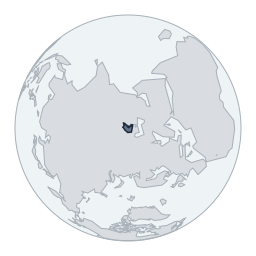 Karakalpakstan on an orthographic globe, rotated 189°
{"feature_id": "UZB-356", "entity_name": "Karakalpakstan", "entity_type": "Automonous Region", "adm_level": 1, "iso_a3": "UZB", "parent_name": "Uzbekistan", "parent_adm1": "", "projection": "orthographic", "projection_center": [58.854, 43.272], "detail": "fine", "context": "on_globe", "style": "filled", "palette": "slate", "viewbox_px": 256, "rotation_deg": 189, "n_neighbors": 0, "source": "natural_earth", "source_scale": "10m", "svg_char_len": 12019}
<svg xmlns="http://www.w3.org/2000/svg" viewBox="0 0 256 256"><g transform="rotate(189 128 128)"><circle cx="128" cy="128" r="113" fill="#eef3f6" stroke="#a8b0b8"/><path d="M132.7,15.5L129.9,15.4L130.2,15.5L133.6,15.7L135.8,15.9L141.3,18.6L152.0,22.6L157.4,23.5L154.6,23.8L166.2,25.7L173.2,28.8L164.0,25.5L162.1,25.5L166.3,27.6L165.2,28.0L166.7,29.4L165.0,29.8L159.8,28.1L158.6,28.5L161.6,30.0L161.9,31.6L157.6,29.2L157.7,31.9L148.9,30.2L138.7,24.7L132.6,25.1L118.8,23.3L118.8,24.2L113.6,24.5L111.6,25.8L109.6,25.3L109.8,26.8L112.0,27.0L112.8,27.8L111.9,28.6L109.1,28.1L109.2,27.6L107.9,27.9L107.0,27.3L106.9,28.1L103.7,27.5L105.4,29.4L101.7,30.1L100.0,29.4L102.1,27.7L103.2,22.9L102.1,22.1L98.5,22.4L87.6,26.3L85.6,26.4L81.5,27.7L81.7,28.3L85.0,27.6L84.4,29.3L88.5,28.4L88.8,29.1L92.3,29.2L89.7,31.1L85.3,33.0L82.3,33.1L80.3,34.1L81.5,35.7L74.3,37.9L66.8,43.0L65.1,43.6L64.9,41.1L69.2,36.5L68.9,34.3L67.0,37.8L62.9,39.4L61.4,40.7L60.4,41.9L61.1,42.2L59.2,43.3L60.5,40.0L62.2,38.9L61.8,39.9L63.7,37.9L64.5,36.1L62.4,37.3L65.9,34.2L64.4,35.1L66.5,33.7L64.0,35.3L70.8,31.0L77.9,27.1L85.3,23.8L92.9,21.0L100.6,18.7L108.5,17.1L116.5,15.9L124.6,15.4L132.7,15.5ZM136.9,16.0L133.8,15.7L131.1,15.5L133.8,15.6L136.9,16.0ZM141.9,17.2L140.1,17.1L140.0,16.6L141.1,16.8L141.9,17.2ZM161.5,24.2L159.1,23.3L161.8,24.1L161.5,24.2ZM167.1,29.5L168.2,29.7L168.5,30.3L167.1,29.5ZM93.5,28.1L92.9,28.6L92.5,28.4L93.5,28.1ZM95.5,27.8L95.6,27.1L96.5,26.8L96.5,27.2L95.5,27.8ZM166.3,31.6L166.4,32.8L165.3,31.3L166.3,31.6ZM95.3,28.7L98.3,26.4L100.0,26.0L101.3,27.3L95.3,28.7ZM166.0,33.2L166.5,36.2L168.8,36.8L162.6,37.1L164.2,34.3L162.5,32.4L164.6,33.4L166.0,33.2ZM113.1,26.7L110.7,26.5L113.6,25.9L113.1,26.7ZM114.7,26.2L122.4,23.7L125.4,24.6L122.3,25.1L126.9,25.8L124.6,27.4L121.6,27.4L120.0,26.5L120.3,27.8L114.7,26.2ZM159.1,36.9L158.5,37.5L158.1,36.6L159.1,36.9ZM113.3,28.0L114.6,27.4L117.4,28.0L115.3,29.5L115.1,28.8L113.3,28.0ZM129.3,25.3L130.9,26.1L129.5,27.6L130.0,28.2L124.9,27.5L129.3,25.3ZM114.0,29.1L114.2,30.2L112.0,30.7L112.3,28.7L114.0,29.1ZM118.9,27.6L120.1,28.1L118.8,28.3L118.9,27.6ZM104.5,33.5L106.0,32.5L107.5,32.8L104.5,33.5ZM114.4,30.7L115.2,30.5L115.9,30.5L115.6,31.4L114.4,30.7ZM124.2,28.7L123.3,29.2L126.3,29.0L125.4,30.3L122.1,29.7L123.1,30.5L122.8,30.9L120.5,29.9L124.2,28.7ZM117.7,32.4L113.2,32.3L110.1,33.9L108.7,33.7L113.8,31.1L117.7,32.4ZM119.5,31.0L118.0,31.8L117.0,31.1L117.3,30.1L119.5,31.0ZM125.9,31.4L128.2,29.6L128.8,29.9L125.9,31.4ZM117.0,33.0L118.1,33.0L116.9,33.2L117.0,33.0ZM123.4,32.0L124.1,31.3L124.8,31.6L123.4,32.0ZM119.7,33.8L118.2,33.7L118.4,33.0L119.7,33.8ZM121.6,33.1L122.4,33.6L119.4,32.8L121.8,32.7L121.6,33.1ZM124.0,32.4L124.6,32.3L123.6,32.7L124.0,32.4ZM119.8,36.6L115.9,35.7L116.4,34.1L120.0,35.2L119.8,36.6ZM22.5,143.7L22.1,124.6L24.6,121.5L26.7,115.0L45.3,106.8L47.4,111.3L60.1,118.2L61.3,120.3L57.9,124.9L65.8,137.9L70.6,135.1L79.7,143.3L87.1,145.8L93.1,136.2L81.2,132.0L81.0,126.0L92.2,124.9L102.9,128.8L103.2,126.6L98.1,120.1L102.2,117.1L96.5,117.5L97.6,120.2L94.0,120.7L92.8,118.3L94.3,117.2L91.5,115.2L85.1,121.2L85.5,124.5L77.2,122.5L77.1,128.1L74.3,129.4L73.4,120.5L74.7,118.0L71.7,106.9L69.5,109.3L72.2,120.0L70.7,118.5L67.7,122.2L68.7,118.1L66.3,106.2L60.0,103.7L49.0,109.0L45.9,107.0L44.6,102.2L51.5,93.0L57.7,98.6L60.2,95.8L61.5,89.2L63.2,91.6L64.5,89.7L67.1,91.6L73.2,89.6L76.2,91.1L80.9,85.9L83.1,86.1L79.7,89.0L78.9,92.1L86.6,96.1L88.8,95.6L91.3,92.0L93.1,93.7L94.5,89.8L100.1,90.4L94.4,86.4L97.2,82.5L101.9,80.7L101.8,78.8L94.2,81.8L92.0,83.7L91.8,86.4L85.2,91.4L82.0,91.1L85.1,83.3L81.0,82.1L85.3,77.0L103.2,71.5L109.5,71.8L114.8,80.4L112.0,82.5L108.6,80.3L109.5,86.0L110.5,83.7L112.0,85.3L115.0,82.3L116.2,83.3L117.1,78.9L118.9,79.7L118.3,82.5L124.4,79.2L128.8,80.4L129.6,79.2L129.1,77.6L135.1,80.3L135.4,79.3L133.6,78.0L133.0,75.3L134.3,71.7L136.3,72.8L136.1,74.3L138.6,79.2L137.7,83.2L138.7,83.3L139.9,80.2L136.8,74.1L137.1,71.6L138.9,74.2L138.3,73.0L139.0,72.2L141.6,72.4L139.7,69.5L145.1,59.4L150.6,59.2L151.7,62.5L157.6,57.5L163.3,58.2L161.7,56.9L163.3,54.1L161.5,53.8L160.9,53.0L164.3,46.1L166.7,45.5L166.3,41.7L165.4,41.1L163.7,41.2L162.6,37.1L168.8,36.8L170.4,38.1L173.2,37.2L176.5,40.4L180.6,42.9L182.7,47.2L185.7,49.0L186.5,48.5L191.1,50.7L198.2,57.5L189.3,54.2L178.0,45.6L182.3,49.2L180.4,49.1L181.4,50.9L184.5,53.5L185.4,53.3L185.6,62.3L191.2,71.6L193.1,68.5L196.4,69.3L204.5,78.5L208.7,97.1L213.1,99.4L214.7,102.2L214.0,105.9L211.5,101.9L208.9,102.2L207.6,99.5L205.5,104.5L203.7,100.9L203.0,106.8L205.5,108.7L208.0,105.5L208.2,112.4L213.4,114.7L216.3,120.3L215.1,135.0L210.6,142.4L210.8,144.5L207.8,144.1L205.6,149.8L212.5,156.7L212.9,159.7L208.5,168.5L208.1,166.5L200.2,165.5L200.0,172.9L206.0,175.3L208.1,180.4L204.1,180.9L201.8,176.5L199.0,175.9L198.8,169.8L194.8,162.1L190.6,165.9L190.1,162.1L183.9,156.3L177.4,161.3L167.7,174.6L167.7,184.2L163.7,189.1L155.4,177.2L153.0,168.0L149.2,169.4L141.3,161.9L125.4,161.9L123.9,159.2L120.7,160.4L115.3,157.4L113.2,152.8L109.6,152.7L115.4,164.6L119.3,164.7L123.6,160.6L124.4,164.7L129.7,168.3L121.3,177.3L98.9,182.7L97.9,175.3L87.2,151.6L88.2,149.3L88.2,149.0L88.2,148.5L85.9,152.0L84.5,147.1L88.9,163.7L89.1,170.0L98.5,183.1L97.3,183.9L100.8,186.7L113.2,185.7L113.0,188.0L106.3,197.5L90.2,207.2L93.1,215.3L93.2,221.0L84.8,222.1L87.2,226.2L83.1,226.0L83.9,227.8L81.6,228.3L77.0,227.5L67.5,222.6L65.6,220.9L58.8,215.1L48.8,201.8L49.8,198.3L48.4,193.6L41.7,179.2L43.0,174.1L41.6,170.3L38.3,168.3L36.8,163.6L35.0,161.8L24.7,152.1L22.5,143.7ZM36.8,114.3L35.8,116.1L36.8,114.3ZM113.0,138.3L120.3,139.7L119.2,132.4L121.9,132.4L120.5,130.0L119.1,131.9L116.1,125.4L120.0,123.8L120.2,120.7L117.8,120.1L111.1,124.1L115.4,133.3L112.8,135.8L113.0,138.3ZM62.8,39.6L62.7,39.9L61.4,41.3L61.4,40.8L62.8,39.6ZM59.1,46.9L56.3,48.6L58.3,46.9L57.8,46.5L61.5,42.6L64.5,43.7L62.5,43.8L59.1,46.9ZM67.2,38.1L64.6,40.2L67.4,37.9L67.2,38.1ZM69.0,78.4L69.0,80.5L66.8,82.0L63.1,80.8L66.2,78.4L69.0,78.4ZM69.6,83.1L73.8,76.2L76.3,76.9L74.2,77.6L75.4,78.8L72.4,80.3L70.7,88.1L68.7,90.0L62.8,86.2L65.8,86.3L65.6,84.1L69.6,83.1ZM80.0,59.5L81.8,57.1L84.9,61.6L82.8,63.4L78.9,62.1L79.1,59.3L80.0,59.5ZM97.0,31.7L97.5,30.9L98.2,31.0L98.4,31.7L97.0,31.7ZM105.1,33.0L95.5,35.3L95.6,34.5L89.9,37.1L88.0,36.0L91.7,34.3L85.9,35.6L88.5,33.6L84.6,34.8L93.2,31.1L95.3,29.5L93.7,31.6L95.4,32.6L96.8,32.6L102.3,31.4L107.7,28.9L110.3,29.7L110.7,30.9L109.8,31.7L108.4,30.9L108.2,32.4L105.5,31.9L105.1,33.0ZM114.0,48.4L112.7,46.6L111.9,50.7L109.1,49.7L109.2,50.3L106.5,50.5L103.3,51.9L102.3,51.1L101.5,52.0L99.6,52.3L98.2,53.3L95.9,52.4L93.9,53.6L94.0,52.4L91.2,54.8L92.3,52.7L90.0,53.0L90.2,54.9L81.7,48.6L77.4,48.0L73.1,48.7L75.6,45.3L81.1,42.5L87.7,40.8L91.6,42.0L92.0,40.4L94.0,40.5L92.8,41.8L95.8,40.0L97.1,40.5L103.0,39.7L106.4,37.1L108.7,36.9L108.0,38.1L110.7,37.0L110.9,39.3L112.5,39.3L114.4,41.6L112.1,44.3L114.1,44.0L115.6,45.9L114.0,48.4ZM120.2,37.3L118.1,40.5L115.6,41.6L113.4,37.2L111.9,36.9L110.5,34.4L114.2,32.9L114.2,33.7L115.2,34.2L113.7,34.5L115.6,34.6L115.7,35.9L117.3,36.4L116.2,37.2L120.2,37.3ZM64.0,119.3L65.1,120.4L67.3,121.4L65.5,123.8L64.0,119.3ZM62.2,111.2L63.4,111.6L61.9,115.3L60.7,114.3L62.2,111.2ZM65.4,108.8L63.6,111.3L63.8,109.3L65.4,108.8ZM81.0,89.3L82.5,89.6L82.1,90.5L80.7,91.5L81.0,89.3ZM110.9,61.3L110.6,59.9L111.3,59.6L112.9,56.5L115.0,57.2L114.9,59.3L110.9,61.3ZM90.4,137.4L87.5,138.7L86.7,137.3L87.9,137.1L90.4,137.4ZM75.3,131.4L78.2,134.2L74.8,132.0L75.3,131.4ZM113.5,61.5L113.9,60.1L114.7,61.3L113.5,61.5ZM116.7,57.5L117.9,58.6L115.5,56.9L116.7,57.5ZM112.2,223.2L107.2,231.1L101.9,230.3L99.9,227.7L101.1,222.7L106.9,222.0L109.5,219.6L112.2,223.2ZM224.3,179.6L225.9,178.0L225.7,178.4L224.3,179.6ZM222.7,180.3L224.7,178.3L222.2,181.4L222.7,180.3ZM225.4,177.5L227.4,174.6L228.3,173.0L228.0,173.9L225.4,177.5ZM221.3,181.7L212.8,188.8L209.1,190.5L210.2,188.6L216.1,184.6L221.3,181.7ZM209.9,188.8L204.1,188.8L194.6,182.0L198.0,180.6L207.6,182.5L207.1,184.0L210.6,184.7L209.9,188.8ZM223.2,171.4L222.5,175.4L218.0,179.1L215.9,180.3L214.4,176.9L215.2,173.9L217.1,172.5L223.1,158.4L225.4,158.3L223.8,163.7L225.7,165.1L223.2,171.4ZM168.3,184.9L171.3,189.5L169.0,190.9L168.3,184.9ZM224.7,150.0L222.8,156.2L224.3,148.9L224.7,150.0ZM225.0,143.8L225.6,145.6L224.2,144.8L225.0,143.8ZM211.5,147.3L209.6,149.2L209.1,147.8L211.3,144.6L211.5,147.3ZM218.4,125.0L220.0,129.3L220.1,131.0L218.5,129.3L218.4,125.0ZM132.3,66.5L127.8,69.9L126.0,73.2L127.1,76.1L123.5,73.6L126.4,68.6L132.3,66.5ZM143.3,60.1L142.3,57.8L144.0,58.0L144.5,58.5L143.3,60.1ZM141.8,59.3L138.1,58.1L138.3,56.3L141.2,57.6L141.8,59.3ZM125.7,59.4L124.2,60.4L123.5,59.3L125.7,59.4ZM208.7,206.6L210.3,204.4L211.1,203.7L213.1,200.4L221.6,189.8L228.4,177.6L230.7,173.8L234.0,165.3L235.7,161.0L234.9,163.4L232.0,171.4L228.4,179.1L224.2,186.5L219.6,193.6L214.4,200.3L208.7,206.6ZM228.1,175.2L230.6,169.8L231.7,168.0L228.1,175.2ZM238.1,152.0L237.3,154.9L238.0,152.0L238.1,150.3L236.1,154.9L235.7,154.4L236.6,151.3L234.9,153.6L236.9,148.9L237.4,150.7L238.4,145.7L239.5,142.3L240.1,139.3L240.1,139.1L238.1,152.0ZM236.3,156.3L236.6,155.6L236.2,157.2L236.3,156.3ZM232.4,161.2L232.2,162.3L231.6,162.5L232.4,161.2ZM233.2,159.3L234.9,157.3L233.0,160.4L233.2,159.3ZM226.8,164.7L227.5,166.2L229.7,162.1L228.0,166.2L229.2,168.0L228.6,170.0L227.5,167.8L226.6,172.5L225.6,173.5L225.3,170.7L226.5,165.2L227.5,162.3L231.2,156.9L226.8,164.7ZM233.3,156.6L232.8,154.8L233.1,152.4L233.7,153.0L233.3,156.6ZM230.8,150.6L228.9,149.4L227.6,152.4L229.8,144.4L231.4,146.8L230.8,150.6ZM228.6,145.3L227.4,148.1L228.3,143.8L228.6,145.3ZM226.8,147.4L226.2,145.4L227.4,144.4L226.8,147.4ZM229.3,144.5L228.7,140.4L229.7,142.0L229.3,144.5ZM224.6,140.8L227.8,141.8L224.4,143.8L222.2,136.5L223.5,134.8L224.6,140.8ZM219.2,101.4L217.7,99.6L218.4,97.7L219.2,99.4L219.2,101.4ZM219.1,90.2L218.1,96.6L217.0,101.9L218.3,101.9L219.7,106.4L216.8,104.5L216.1,98.0L217.3,94.7L215.6,91.2L215.3,87.2L212.5,83.8L211.8,81.3L214.7,83.4L219.1,90.2ZM211.3,82.5L206.3,75.9L208.3,74.0L209.9,75.0L211.3,78.8L210.1,79.6L211.3,82.5ZM205.7,73.9L204.5,74.6L194.8,68.0L193.2,66.2L201.7,69.8L201.1,70.8L203.1,72.9L205.7,73.9ZM159.6,38.0L158.6,37.6L159.7,37.4L159.6,38.0ZM159.8,52.9L159.1,51.8L160.4,51.5L159.8,52.9ZM157.7,48.6L156.8,49.7L157.0,48.1L157.7,48.6ZM154.8,52.1L156.0,49.8L156.0,52.7L154.8,52.1Z" fill="#d9dde1" stroke="#a8b0b8" stroke-width="1"/><path d="M128.3,124.0L128.6,124.2L128.9,124.4L129.1,124.5L129.4,124.7L129.7,124.9L130.0,125.1L130.2,125.3L130.5,125.4L130.7,125.5L130.9,125.6L131.0,125.7L131.1,125.8L131.2,126.0L131.3,126.2L131.4,126.4L131.5,126.4L131.6,126.5L131.8,126.7L131.9,126.8L132.0,127.0L132.3,127.3L132.5,127.5L132.7,127.8L132.8,127.8L133.2,127.9L133.2,128.0L132.8,128.7L132.5,129.5L132.4,129.6L132.4,130.1L132.6,130.4L132.6,130.5L132.3,130.7L132.2,130.7L132.2,130.8L132.9,131.6L133.3,132.2L133.0,132.4L132.9,132.4L132.7,132.1L132.4,131.8L132.3,131.7L132.2,131.7L131.9,131.6L131.7,131.8L131.5,131.7L131.4,131.7L131.2,131.5L130.8,131.2L130.7,131.1L130.6,130.9L130.4,130.8L130.4,130.7L130.2,130.5L129.9,130.6L129.7,130.6L129.7,130.4L129.6,130.2L129.5,129.9L129.4,129.9L129.2,129.9L128.9,129.9L128.7,129.9L128.6,129.6L128.4,129.5L128.4,129.4L128.3,129.5L128.2,129.5L128.1,129.4L127.7,129.0L127.6,128.9L127.6,129.0L127.4,129.2L127.2,129.1L126.9,129.3L127.0,129.3L127.2,129.5L127.3,129.5L127.4,129.8L127.5,129.9L127.4,129.9L127.3,129.7L127.2,129.6L126.9,129.6L126.7,129.5L126.7,129.8L126.6,130.0L126.4,130.1L126.2,130.2L125.9,130.2L125.7,130.2L125.6,130.3L125.5,130.5L125.4,130.6L125.2,130.7L125.2,130.8L125.2,131.0L125.3,131.3L125.3,131.5L125.5,131.7L125.5,131.8L125.4,131.8L125.1,131.9L124.6,131.8L124.3,131.8L124.0,131.8L123.8,131.8L123.8,131.3L123.8,130.9L123.8,130.4L123.8,130.0L123.8,129.5L123.8,129.1L123.9,128.6L123.9,128.2L123.9,127.7L123.9,127.3L123.9,126.8L123.9,126.4L124.0,125.9L124.0,125.4L124.0,125.0L124.0,124.5L124.3,124.5L124.4,124.4L124.5,124.4L124.8,124.3L125.0,124.2L125.3,124.2L125.6,124.1L125.8,124.0L126.0,124.0L126.1,123.9L126.3,123.9L126.6,123.8L126.8,123.7L127.0,123.7L127.3,123.6L127.6,123.5L127.8,123.6L128.0,123.8L128.3,124.0Z" fill="#64748b" stroke="#1e293b" stroke-width="1.5"/></g></svg>